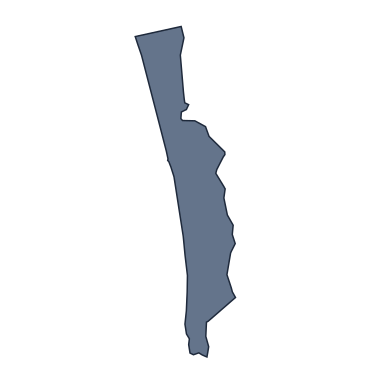 the district of Ibeno, Akwa Ibom, Nigeria, rotated 83°
{"feature_id": "59680162B15406999540209", "entity_name": "Ibeno", "entity_type": "district", "adm_level": 2, "iso_a3": "NGA", "parent_name": "Nigeria", "parent_adm1": "Akwa Ibom", "projection": "equal_earth", "projection_center": [8.062, 4.561], "detail": "fine", "context": "isolated", "style": "filled", "palette": "slate", "viewbox_px": 384, "rotation_deg": 83, "n_neighbors": 0, "source": "geoboundaries", "source_scale": "gbopen_adm2", "svg_char_len": 999}
<svg xmlns="http://www.w3.org/2000/svg" viewBox="0 0 384 384"><g transform="rotate(83 192 192)"><path d="M30.8,229.4L40.5,227.5L40.8,227.4L50.3,225.4L58.7,224.3L111.6,217.3L125.3,215.5L148.3,212.5L156.2,211.8L157.7,212.3L159.1,211.3L164.6,209.9L174.2,208.1L175.0,208.0L234.7,206.1L239.0,206.2L253.6,206.6L274.3,206.7L290.8,209.0L309.4,212.1L322.3,215.1L332.2,214.8L337.4,212.5L343.1,213.9L351.6,213.6L353.7,210.4L352.5,204.8L354.9,201.8L357.6,197.3L353.1,195.9L347.6,194.3L337.0,195.9L322.9,193.5L322.3,191.8L302.0,161.7L296.1,164.1L291.9,164.7L278.3,167.4L257.2,161.1L255.4,160.0L248.5,155.4L239.1,157.2L230.0,155.2L219.2,159.7L201.8,161.1L192.9,158.7L192.1,159.1L190.5,159.7L176.4,166.1L172.8,164.7L168.2,161.6L161.0,156.7L158.9,154.8L156.2,154.6L138.9,168.3L132.0,169.9L128.8,170.6L121.7,180.5L119.9,192.7L117.8,194.1L111.3,192.8L109.4,187.5L104.9,184.7L102.6,188.3L98.5,188.4L91.6,188.3L54.7,186.9L38.0,181.2L26.4,182.6L30.8,229.4Z" fill="#64748b" stroke="#1e293b" stroke-width="1.5"/></g></svg>